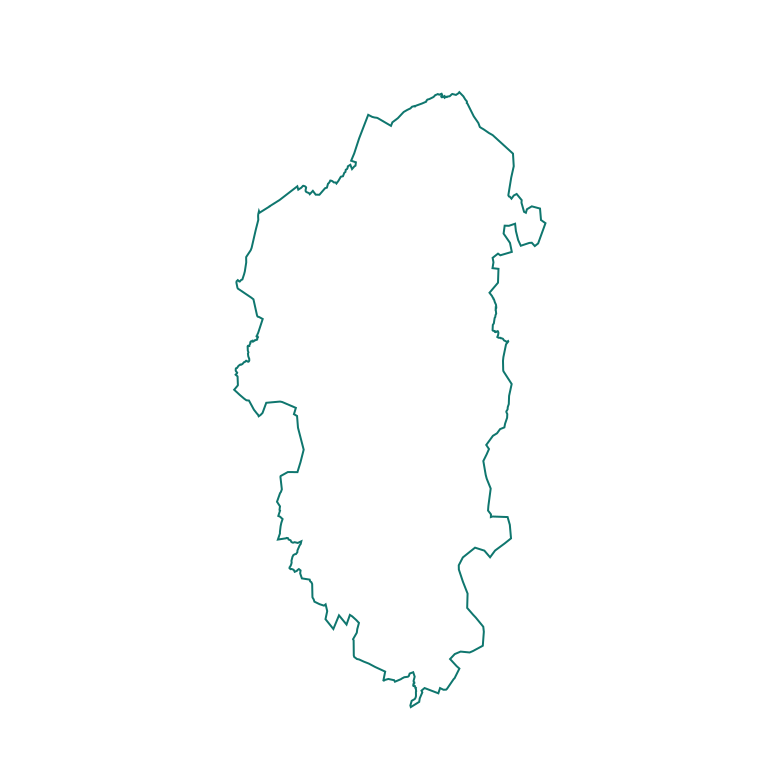 Istras pag., Ludzas, Latvia, rotated 287°
{"feature_id": "27541924B50574350244581", "entity_name": "Istras pag.", "entity_type": "district", "adm_level": 2, "iso_a3": "LVA", "parent_name": "Latvia", "parent_adm1": "Ludzas", "projection": "natural_earth1", "projection_center": [27.965, 56.246], "detail": "fine", "context": "isolated", "style": "outline", "palette": "teal", "viewbox_px": 768, "rotation_deg": 287, "n_neighbors": 0, "source": "geoboundaries", "source_scale": "gbopen_adm2", "svg_char_len": 6120}
<svg xmlns="http://www.w3.org/2000/svg" viewBox="0 0 768 768"><g transform="rotate(287 384 384)"><path d="M512.7,213.9L509.6,214.1L507.8,214.5L504.2,215.8L493.8,216.3L475.5,217.6L472.9,217.4L465.2,215.1L464.6,215.2L460.0,216.7L450.9,218.0L448.0,218.1L442.6,218.0L441.6,216.9L439.8,216.1L439.7,215.7L440.6,213.8L439.1,213.0L437.8,213.2L433.2,215.7L432.5,216.4L427.8,231.8L426.8,234.4L412.7,242.4L411.7,243.2L411.5,243.5L411.5,245.1L410.7,249.0L395.9,248.7L394.1,248.4L393.5,248.6L392.4,248.1L392.1,248.4L392.2,249.1L392.0,249.8L391.6,249.8L390.5,249.4L389.5,249.7L389.0,249.4L388.8,248.7L388.2,248.2L388.1,247.7L387.5,247.4L387.5,247.1L386.6,246.7L386.1,246.2L386.1,245.9L386.7,245.3L386.1,244.9L385.9,244.3L384.8,243.9L384.4,244.2L383.7,244.3L381.9,243.9L380.9,244.1L380.7,243.7L380.6,242.7L380.1,242.6L376.1,244.0L374.6,245.1L373.3,245.0L370.8,246.1L368.6,247.8L367.0,248.3L366.0,248.1L365.6,247.7L365.6,246.7L366.0,245.8L365.9,245.3L364.4,244.5L364.0,243.8L361.6,242.7L360.6,241.6L360.8,241.3L360.3,240.6L358.7,239.5L356.4,238.8L355.9,238.0L355.2,237.8L353.4,238.3L352.8,238.9L351.9,240.3L351.4,240.3L349.5,239.4L348.6,241.5L348.3,241.8L340.5,244.5L339.9,244.6L334.7,242.4L331.5,249.0L329.0,254.8L328.2,257.2L328.7,259.7L321.4,267.1L318.4,271.4L317.9,272.4L316.5,273.6L318.3,275.0L320.8,276.3L331.6,276.9L336.8,289.7L337.0,291.8L336.9,293.0L335.4,306.7L328.8,306.7L328.0,310.2L317.1,314.5L297.7,326.4L284.8,327.0L274.4,327.0L271.7,317.8L265.8,312.1L264.9,312.1L253.4,317.1L250.7,317.0L249.2,316.5L240.1,316.1L236.6,320.3L233.0,320.9L232.6,321.6L226.9,321.5L226.7,323.4L225.2,326.5L221.2,326.4L217.8,326.7L212.2,327.7L210.6,328.2L204.2,328.0L207.7,335.2L207.7,335.3L208.3,335.8L208.4,336.3L208.5,337.2L207.4,338.2L207.2,340.3L205.9,341.6L205.6,342.8L205.8,343.7L206.6,344.8L206.8,348.0L209.4,350.9L206.6,351.1L205.0,350.5L199.6,349.9L197.7,350.3L195.6,349.5L195.2,348.6L194.0,347.4L192.0,347.0L187.8,347.2L186.2,347.9L184.1,348.0L182.0,347.7L181.1,347.3L180.2,347.5L179.6,348.8L180.1,349.7L179.9,351.8L179.3,352.6L178.3,353.5L179.8,355.3L181.0,355.8L182.1,356.7L181.3,358.7L178.4,359.2L174.1,362.3L175.2,370.1L173.7,371.1L173.2,372.5L171.7,373.8L159.2,377.9L158.7,378.3L157.5,379.7L155.5,381.1L154.6,386.8L154.5,391.4L156.2,392.6L150.2,396.1L142.0,396.8L134.9,407.2L149.6,408.6L143.0,418.5L153.2,418.9L152.5,421.5L150.1,426.6L148.2,429.9L141.8,430.1L138.2,430.7L130.9,429.0L130.0,429.9L115.5,434.5L114.3,435.3L113.1,438.5L113.3,440.7L112.6,445.8L112.2,451.1L110.8,458.3L109.3,469.2L100.4,470.1L100.3,470.6L101.4,471.6L103.2,474.4L103.7,480.3L102.5,481.5L106.6,486.4L107.6,487.2L109.5,489.1L111.0,492.4L112.0,493.1L114.6,493.2L116.9,496.2L113.1,498.9L108.7,499.1L107.8,499.5L107.7,500.1L107.0,500.5L105.5,499.8L104.9,500.4L104.0,500.2L103.8,500.6L104.1,501.8L103.5,502.0L102.8,503.3L102.2,503.1L101.6,503.8L100.9,503.9L99.7,504.6L99.0,504.5L95.0,505.8L93.3,505.9L91.7,505.5L89.1,503.1L84.3,503.2L82.9,504.1L90.3,510.6L93.8,510.1L100.3,510.8L101.7,509.5L105.1,511.7L104.1,526.4L109.6,526.5L109.0,530.3L109.9,532.8L111.0,533.4L122.2,536.9L123.2,537.5L133.9,539.3L135.4,536.0L140.3,527.6L146.4,530.6L150.5,535.5L152.3,544.4L154.6,547.1L162.6,555.0L176.3,551.9L180.9,549.9L187.5,540.0L189.5,536.5L194.2,529.0L208.0,525.2L218.1,517.2L228.5,509.8L232.5,508.5L241.2,510.1L254.1,518.9L254.0,528.7L249.3,536.1L257.2,538.9L266.8,546.0L273.5,550.6L286.1,545.5L292.9,541.1L289.0,526.5L288.0,525.1L290.6,524.4L293.4,520.5L297.8,519.5L315.2,516.6L323.5,509.9L326.9,507.8L339.4,501.5L346.6,502.7L352.5,503.4L355.6,499.6L366.3,503.3L369.9,506.5L374.8,508.2L377.7,511.8L381.4,511.4L387.7,511.6L391.3,510.7L392.7,509.4L393.6,509.0L395.8,509.6L398.1,509.1L401.3,509.2L409.2,507.1L421.3,506.1L431.1,494.5L432.2,493.9L441.0,491.0L444.7,490.3L457.6,489.1L460.9,490.4L461.3,490.1L460.0,489.0L460.5,487.9L460.8,486.0L462.0,484.5L462.1,483.1L461.9,482.2L462.2,481.9L461.7,479.9L462.1,478.6L464.0,478.8L466.3,478.5L467.7,477.6L467.7,477.0L466.5,476.0L466.2,475.5L466.2,475.1L466.9,474.9L467.0,474.5L466.8,474.2L467.0,474.0L466.8,472.8L467.2,472.1L472.3,470.8L474.1,471.3L479.5,470.5L480.5,470.8L482.6,470.5L484.1,470.7L486.9,469.5L487.1,469.2L488.7,468.8L488.5,469.1L489.7,469.1L491.5,468.4L492.7,467.8L494.6,466.1L497.1,464.4L497.3,463.8L498.1,463.4L498.3,462.9L499.6,461.7L502.1,458.2L514.2,463.4L527.6,459.8L526.5,453.9L532.4,453.1L536.4,451.0L542.0,454.9L541.1,457.6L547.7,467.6L555.8,463.2L562.8,454.4L570.7,453.1L571.8,457.2L575.6,462.5L568.9,465.4L560.9,470.2L556.2,474.4L561.4,481.7L562.3,484.0L560.0,487.9L563.5,490.3L585.0,491.4L586.7,486.2L597.4,481.9L597.1,473.4L592.9,469.6L589.2,469.6L589.6,467.6L597.5,462.5L600.1,461.9L604.5,455.3L602.2,453.0L598.5,451.7L599.9,449.6L599.9,448.6L600.9,447.7L618.6,445.3L630.2,444.4L642.0,440.0L653.8,415.1L654.7,411.0L656.7,404.7L657.3,402.1L657.8,400.5L661.2,397.9L666.2,391.6L676.1,382.2L676.7,381.6L676.9,381.0L677.8,380.9L678.5,380.6L679.8,378.6L682.3,375.8L685.1,370.7L683.8,370.2L681.5,368.3L681.3,364.5L680.7,364.0L678.4,362.7L677.5,360.8L676.8,360.3L676.6,359.7L676.9,359.4L676.8,359.0L675.4,358.3L675.7,357.8L676.8,357.4L676.2,356.8L676.3,356.3L675.6,356.2L675.2,355.7L675.1,355.4L675.4,354.9L675.8,354.6L677.7,354.9L678.4,354.2L676.8,352.2L677.0,350.7L676.0,349.6L675.3,348.6L673.4,347.7L672.6,347.1L669.7,344.0L668.7,342.4L667.5,341.8L666.3,341.8L663.4,338.4L659.5,333.2L658.5,332.5L658.8,332.0L657.3,329.7L655.3,328.7L652.9,326.1L649.9,323.3L642.2,319.5L636.7,315.5L632.9,315.2L636.4,300.4L636.5,299.4L636.1,297.0L636.0,294.6L636.8,290.2L611.5,288.4L595.8,288.1L587.9,287.3L587.8,292.3L584.5,292.9L583.2,291.9L580.2,290.6L583.8,287.7L581.6,285.8L580.1,286.0L578.8,285.8L577.7,284.8L575.5,285.1L574.4,284.3L570.7,284.0L569.6,282.1L564.9,281.0L561.8,279.9L562.6,278.8L562.1,277.1L562.9,275.3L563.0,273.6L562.8,273.1L561.6,273.0L560.3,272.6L559.1,271.9L555.1,272.0L554.0,270.4L546.1,266.9L545.1,263.3L547.9,259.5L543.8,257.5L544.6,256.5L544.9,253.6L545.4,252.8L546.5,252.3L549.1,252.1L549.5,251.7L549.9,250.8L550.0,249.0L549.8,248.6L547.5,247.5L544.8,245.2L547.7,243.3L529.5,230.4L520.6,222.7L520.5,222.8L511.4,214.9L512.7,213.9Z" fill="none" stroke="#0f766e" stroke-width="2"/></g></svg>